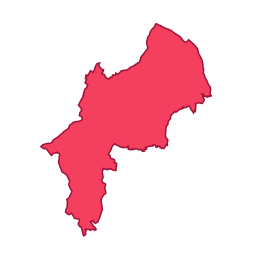 the district of Floresti, Mehedinti, Romania, rotated 258°
{"feature_id": "2599482B87855176216946", "entity_name": "Floresti", "entity_type": "district", "adm_level": 2, "iso_a3": "ROU", "parent_name": "Romania", "parent_adm1": "Mehedinti", "projection": "equal_earth", "projection_center": [22.911, 44.797], "detail": "fine", "context": "isolated", "style": "filled", "palette": "rose", "viewbox_px": 256, "rotation_deg": 258, "n_neighbors": 0, "source": "geoboundaries", "source_scale": "gbopen_adm2", "svg_char_len": 5858}
<svg xmlns="http://www.w3.org/2000/svg" viewBox="0 0 256 256"><g transform="rotate(258 128 128)"><path d="M198.1,159.6L196.9,158.1L195.7,157.0L195.7,156.5L194.4,155.3L194.2,154.9L192.9,154.9L192.1,153.9L191.2,153.7L190.0,152.9L189.6,152.0L189.4,151.3L189.8,151.0L189.0,150.2L188.6,149.4L188.8,149.0L188.2,148.4L188.4,148.2L187.7,146.8L187.0,143.5L186.4,142.0L185.4,140.5L185.2,139.1L184.9,138.7L184.8,138.3L185.1,137.2L185.1,136.5L185.5,135.7L184.8,134.5L185.4,133.5L182.7,129.7L182.9,129.0L184.3,127.5L182.1,126.4L182.9,125.0L183.0,124.2L182.6,123.6L180.8,122.8L180.9,122.1L181.4,121.2L179.7,119.7L182.0,116.6L182.6,116.8L183.1,116.3L184.2,116.3L185.3,115.9L185.6,115.5L185.4,114.8L186.8,113.7L188.3,115.5L189.0,115.4L190.2,116.1L190.2,114.9L191.3,114.4L194.0,112.8L195.9,112.6L196.2,112.8L197.1,113.8L197.6,113.9L197.4,112.8L197.4,111.5L197.2,110.8L196.7,110.2L195.7,109.7L194.6,108.6L194.2,108.7L189.6,105.5L191.9,103.2L187.4,99.6L188.7,98.3L187.6,97.4L187.1,98.1L185.2,96.6L184.6,97.8L181.1,95.3L178.7,97.7L177.2,96.5L176.2,96.0L174.9,94.2L174.8,93.7L169.4,91.0L168.8,90.6L168.0,90.4L167.9,90.4L168.0,90.7L167.8,90.6L167.4,90.2L167.2,89.7L166.6,89.1L160.6,84.2L156.5,86.6L155.8,86.1L155.1,86.1L154.7,86.3L153.0,84.1L152.0,83.9L150.7,83.0L150.2,83.0L149.9,83.2L149.7,83.5L149.5,84.6L149.0,84.8L146.2,85.2L145.6,84.8L144.9,82.8L144.8,81.3L145.1,77.1L144.8,75.6L144.3,74.5L143.6,73.6L143.4,72.7L143.0,71.8L141.8,70.8L140.3,70.0L139.5,68.8L139.3,68.4L139.3,68.0L137.7,64.3L135.9,61.7L135.1,59.5L134.1,58.6L133.6,57.4L133.4,56.1L131.2,51.5L129.9,51.0L129.7,50.7L129.2,49.0L129.3,47.7L129.7,46.8L129.5,45.6L129.7,44.5L129.3,41.5L129.4,41.3L128.7,40.8L128.5,40.3L128.7,39.9L127.8,38.9L127.4,39.5L125.8,40.8L125.2,41.6L125.0,42.2L125.2,43.5L117.1,47.3L117.2,47.7L118.3,49.0L118.7,49.9L118.7,52.6L118.5,53.1L119.0,53.5L118.2,54.0L118.0,55.0L116.4,55.8L115.3,55.4L114.7,54.8L112.4,54.4L110.1,53.3L107.3,52.9L105.5,53.4L103.3,53.5L102.7,53.9L101.7,54.0L98.8,54.3L95.6,57.7L94.4,58.4L90.3,59.3L88.4,59.9L87.8,59.8L86.0,58.7L84.4,58.3L80.3,59.1L78.0,59.8L77.5,60.0L71.7,55.6L71.1,53.6L70.7,53.2L68.0,53.4L65.4,52.5L63.5,52.2L61.2,50.4L58.6,49.4L56.0,51.3L55.5,52.5L56.3,55.1L50.7,57.0L49.1,61.1L47.9,61.5L44.9,59.5L43.9,59.4L41.7,60.2L41.3,61.3L39.9,61.7L34.2,61.9L31.8,62.1L32.6,64.5L34.8,64.7L35.4,65.2L35.9,65.3L37.2,65.0L37.8,65.2L37.7,66.0L37.3,66.3L37.2,67.5L36.8,68.4L36.6,69.4L35.7,69.9L36.4,71.8L35.8,72.9L35.8,73.8L34.9,74.2L35.2,74.7L35.1,75.1L35.5,75.8L37.1,75.2L39.7,73.7L44.3,71.8L44.6,74.6L44.1,74.3L42.9,74.7L41.5,76.5L42.8,79.5L44.8,80.4L46.0,81.5L51.1,84.4L53.4,85.9L54.1,86.1L60.5,86.5L62.7,86.5L64.9,87.8L66.4,89.0L67.7,90.5L68.5,92.4L69.6,92.9L74.4,92.9L75.8,93.4L76.7,94.2L77.3,94.3L78.0,94.2L78.6,93.8L79.0,92.9L79.6,92.2L81.4,91.5L82.4,91.5L83.1,91.7L83.9,92.8L84.8,93.3L85.7,93.5L86.8,93.4L87.6,93.7L89.4,93.5L92.6,94.6L92.6,95.4L93.5,95.6L92.0,97.9L92.3,98.3L92.2,98.6L91.4,99.3L91.9,100.1L91.6,100.8L92.0,101.3L91.6,102.1L92.0,102.3L91.8,102.7L90.4,103.9L89.0,106.5L89.0,107.1L89.3,107.6L91.1,108.0L94.5,109.2L96.0,109.4L96.5,108.2L97.0,108.1L97.1,107.5L98.7,108.2L99.9,108.1L101.4,106.1L101.7,104.8L102.0,104.9L103.2,104.5L104.0,104.8L104.5,104.7L106.0,103.9L105.7,103.5L106.2,103.2L107.1,104.0L107.4,104.0L109.0,105.9L109.8,106.4L110.8,107.3L112.0,107.7L114.0,109.5L114.5,110.5L115.4,111.8L113.6,113.4L112.9,114.4L112.6,115.3L111.6,115.9L110.0,118.6L109.1,123.0L110.3,124.3L110.2,124.7L107.1,123.9L106.0,126.4L106.4,126.9L106.2,127.7L106.7,127.8L106.6,128.3L105.9,128.3L105.7,129.0L105.8,129.5L106.3,130.2L105.9,132.0L104.6,133.6L104.4,134.0L104.3,135.1L104.4,135.4L104.0,136.7L103.6,137.2L103.0,137.3L102.8,137.0L102.6,137.3L102.1,137.4L102.1,139.5L102.7,139.1L103.4,139.2L103.8,139.6L103.8,139.8L103.6,140.4L103.7,140.8L103.3,141.4L103.3,141.7L103.7,141.9L104.5,141.7L105.1,141.3L105.7,141.3L105.6,142.5L105.5,143.2L105.6,146.2L105.2,148.5L106.2,149.0L105.6,151.0L103.4,151.5L103.1,152.8L103.5,152.9L103.8,152.7L104.4,152.8L104.5,153.0L103.9,154.4L103.3,155.4L102.7,155.2L102.1,155.3L101.6,156.2L100.9,157.0L101.1,157.7L100.5,158.6L101.2,159.9L101.8,160.2L103.7,161.7L102.7,162.9L105.4,163.3L107.4,164.4L108.4,164.3L109.8,163.6L111.8,162.8L116.5,164.1L117.1,164.2L121.4,165.7L123.0,167.5L123.6,167.9L125.8,168.6L126.9,169.5L127.5,170.5L128.6,171.6L131.3,172.3L131.4,172.8L131.8,173.2L133.4,175.8L134.6,177.3L133.5,178.1L133.8,179.4L134.2,180.1L134.9,180.7L135.4,182.6L135.3,182.9L135.7,185.6L136.9,185.4L137.0,186.1L136.4,187.1L136.2,186.3L136.1,188.1L136.0,188.8L136.5,190.6L136.7,191.1L136.9,192.1L136.4,192.6L135.7,192.9L132.5,193.6L130.5,194.9L129.1,195.1L130.3,196.4L130.1,196.5L129.9,197.0L130.3,197.3L131.6,197.1L131.9,198.0L132.9,198.0L134.3,198.6L135.5,198.9L137.4,199.0L137.4,199.6L137.8,200.0L138.0,200.9L137.8,202.7L136.5,205.8L139.1,208.2L140.2,208.6L141.7,207.9L142.9,207.7L143.2,208.0L145.1,207.7L145.9,207.3L145.7,208.6L143.0,209.1L143.3,209.9L142.2,211.0L142.8,211.8L142.4,212.3L141.7,212.3L141.7,212.8L142.6,213.4L142.5,213.9L142.1,214.2L141.9,214.5L142.1,216.2L142.5,216.2L142.8,215.7L143.2,215.5L144.1,215.5L145.7,215.7L146.9,216.3L148.6,216.8L150.4,217.1L151.9,216.6L153.4,215.7L155.1,215.5L159.1,214.7L161.3,213.7L163.7,213.8L166.2,213.1L169.6,214.1L172.2,214.1L175.4,214.5L180.1,214.4L181.6,213.8L183.4,213.5L185.1,212.7L189.9,212.5L191.9,212.2L192.2,211.8L195.4,210.3L201.7,205.6L200.7,204.5L200.3,203.8L200.1,201.2L202.9,199.7L203.5,198.9L204.2,199.1L205.2,198.7L205.3,198.4L206.4,197.9L207.7,196.8L211.1,193.2L214.6,190.3L214.9,189.2L215.5,189.1L216.4,187.7L216.6,186.8L216.9,186.6L220.6,181.6L220.9,181.7L221.5,181.0L222.6,178.9L223.6,178.2L224.2,177.4L223.5,176.4L221.4,174.8L219.4,171.7L218.3,170.5L216.6,169.3L215.1,168.8L213.1,166.5L210.3,165.0L208.6,164.2L206.3,163.9L201.5,164.0L200.5,162.1L199.8,161.5L199.2,160.9L198.7,160.0L198.1,159.6Z" fill="#f43f5e" stroke="#9f1239" stroke-width="1.5"/></g></svg>